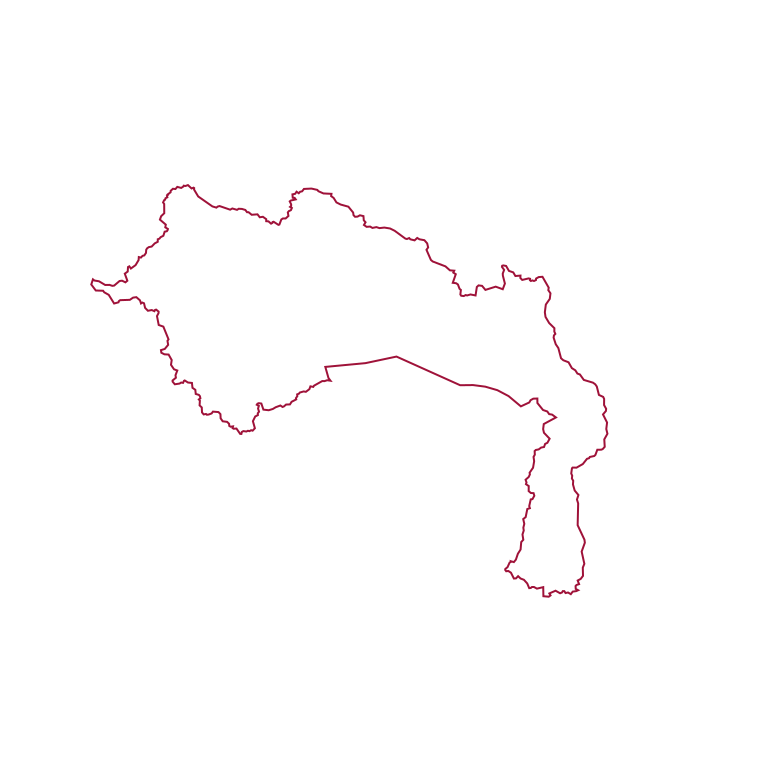 SVG path tracing the border of Buryat, rotated 237°
{"feature_id": "RUS-2606", "entity_name": "Buryat", "entity_type": "Republic", "adm_level": 1, "iso_a3": "RUS", "parent_name": "Russia", "parent_adm1": "", "projection": "albers", "projection_center": [108.984, 53.605], "detail": "fine", "context": "isolated", "style": "outline", "palette": "rose", "viewbox_px": 768, "rotation_deg": 237, "n_neighbors": 0, "source": "natural_earth", "source_scale": "10m", "svg_char_len": 6166}
<svg xmlns="http://www.w3.org/2000/svg" viewBox="0 0 768 768"><g transform="rotate(237 384 384)"><path d="M144.2,467.3L141.5,466.0L135.8,458.5L124.1,454.1L121.7,450.7L114.7,446.4L113.4,442.8L113.7,439.4L109.9,438.6L110.6,436.0L110.2,434.6L107.7,433.2L105.3,434.5L105.6,432.4L107.1,429.2L106.0,426.2L108.9,424.8L109.8,422.4L112.1,422.4L112.9,421.1L112.2,419.8L112.6,417.7L117.2,415.3L118.3,408.6L116.0,408.5L115.9,406.3L119.2,402.1L126.9,406.9L129.1,400.8L132.1,399.2L133.2,397.4L133.0,396.0L133.7,394.6L138.7,395.5L143.6,394.7L146.5,392.6L149.8,391.8L149.1,388.8L150.1,387.0L156.6,387.7L159.5,386.4L160.4,384.5L162.1,384.4L162.8,385.0L163.1,387.8L165.9,392.2L165.6,393.9L166.1,394.0L163.9,395.9L164.9,399.0L168.7,403.8L170.8,408.4L176.7,413.0L177.5,416.0L182.4,418.2L185.0,421.4L187.6,422.6L190.3,425.5L194.9,427.2L195.2,430.3L201.1,436.1L200.4,438.7L202.5,439.3L207.3,444.2L206.6,445.8L208.4,449.2L211.0,450.0L212.6,447.8L215.4,447.0L219.6,449.8L222.7,448.5L223.8,449.9L226.6,450.6L227.2,454.7L228.7,457.1L230.3,457.8L232.6,463.4L237.5,467.9L241.4,469.7L242.6,472.0L245.7,473.8L246.0,475.4L244.9,478.1L245.1,481.2L244.0,483.9L246.0,486.5L245.7,489.0L247.9,493.1L256.0,491.6L259.5,492.9L263.4,496.2L262.3,510.0L266.8,508.3L268.8,506.1L272.0,506.0L275.6,503.2L284.5,502.3L288.3,504.7L290.4,501.2L290.6,498.1L289.4,495.8L290.7,486.6L306.0,481.9L317.1,475.7L326.6,467.5L334.6,458.1L341.5,447.2L400.2,409.4L411.6,379.8L430.3,344.1L419.3,340.7L415.9,340.9L418.1,338.4L418.8,335.7L420.1,333.8L420.7,324.4L420.1,323.1L422.1,321.0L420.3,318.6L420.0,314.2L421.5,312.6L422.7,308.7L422.2,307.4L422.6,305.5L421.0,304.7L420.1,302.4L418.9,302.0L419.4,296.8L418.1,294.0L420.1,290.7L419.7,287.9L420.0,286.4L422.4,285.4L423.5,280.5L423.6,277.2L424.8,273.0L428.2,268.9L434.4,270.5L436.1,268.6L436.4,267.2L435.9,266.0L433.8,267.1L432.0,265.0L428.8,264.1L428.2,262.2L426.6,261.3L426.9,258.3L424.2,253.8L417.2,251.6L416.4,248.4L417.6,247.4L417.7,245.5L418.9,244.4L419.1,242.7L421.1,240.4L421.2,238.6L419.8,237.2L420.5,236.2L427.0,236.0L428.4,233.5L429.5,233.0L430.7,234.3L431.7,232.1L433.1,231.4L435.0,232.4L437.7,231.8L440.6,228.4L444.2,228.3L447.8,230.4L450.6,229.9L454.0,225.5L453.2,223.4L453.9,220.3L454.7,218.7L455.8,218.4L456.7,216.2L459.3,215.9L463.6,218.4L466.5,217.7L470.3,220.5L471.9,220.3L472.0,222.2L474.0,223.0L475.7,222.8L478.2,220.7L481.9,222.6L485.1,221.3L489.5,223.5L492.0,220.4L495.5,218.8L495.6,218.0L494.4,216.1L495.7,214.7L495.7,212.8L497.7,208.4L501.1,208.0L502.1,208.6L502.6,212.9L504.9,213.9L507.9,218.0L510.7,215.9L516.1,215.8L519.7,219.0L526.0,219.4L528.5,216.0L531.5,214.3L533.9,215.4L532.8,219.2L534.4,224.3L538.1,225.9L538.8,227.6L552.3,230.2L556.2,227.2L564.6,230.6L566.3,233.6L567.5,234.4L570.5,233.4L570.8,232.3L570.1,231.1L572.5,229.5L574.0,225.9L578.0,225.1L582.4,226.7L584.0,225.6L583.9,224.1L587.1,224.9L591.7,223.6L593.1,220.6L593.0,216.7L598.0,208.4L597.9,206.8L597.1,205.8L598.5,201.5L608.7,201.7L613.3,199.3L615.2,199.2L619.4,193.2L626.9,192.7L630.3,196.9L628.5,197.5L625.4,200.9L618.9,204.1L616.6,207.8L614.3,209.6L613.5,211.3L614.4,218.3L613.3,220.6L610.1,222.5L610.4,225.0L617.7,226.7L617.9,230.3L621.5,233.0L621.4,234.5L618.7,234.6L619.0,240.4L621.6,245.7L624.0,247.5L622.4,249.0L623.0,251.3L622.4,253.0L623.6,255.8L626.1,257.7L626.8,259.2L626.9,261.3L625.8,264.0L626.8,268.3L626.5,271.7L628.6,273.1L628.2,274.8L628.8,276.6L628.5,279.7L631.2,283.0L630.4,285.1L630.9,286.3L631.7,287.2L634.5,285.9L636.5,287.8L643.9,285.6L646.1,288.5L646.9,292.7L654.7,297.7L656.6,297.6L657.9,299.7L657.8,300.8L658.8,301.9L658.6,304.0L660.0,304.4L660.3,305.8L660.8,305.7L661.0,309.4L662.2,310.3L662.7,313.3L661.1,315.3L661.9,318.0L658.9,320.7L658.9,323.3L659.4,324.0L658.2,325.3L657.6,327.9L652.8,329.1L652.4,331.2L651.7,331.5L650.5,330.6L642.5,330.3L626.4,336.8L623.2,339.5L623.4,341.1L622.8,343.0L614.0,349.9L613.8,352.4L610.1,355.6L610.1,357.6L608.2,360.2L605.5,362.5L602.7,362.7L601.8,364.0L598.0,365.2L595.2,370.3L591.5,370.6L590.2,373.5L586.4,375.0L584.7,373.9L583.3,375.7L580.0,376.6L579.9,378.2L580.5,378.8L580.2,379.8L575.0,382.1L574.7,383.1L577.9,387.5L577.9,389.3L576.4,391.7L577.0,395.4L580.3,396.8L580.8,398.3L580.5,400.6L581.8,402.6L583.7,401.7L583.9,403.1L585.3,404.0L588.5,404.4L588.6,405.8L586.9,410.5L588.8,410.4L589.9,408.9L592.9,410.5L591.9,413.1L592.9,415.4L590.4,416.4L590.9,418.3L590.2,420.3L591.2,423.1L587.4,429.6L583.1,433.8L581.4,434.0L576.8,437.0L572.1,443.5L570.4,442.0L567.5,443.1L562.2,443.0L558.1,445.4L552.1,450.7L544.6,451.5L542.2,450.4L540.0,450.8L538.8,453.0L538.6,455.7L536.0,458.2L532.3,456.2L529.7,456.6L528.3,453.8L525.3,455.0L523.6,458.1L521.2,459.3L519.7,463.1L517.2,465.1L515.0,469.5L511.1,473.8L506.7,476.4L494.3,481.1L493.1,482.2L492.7,484.6L491.0,484.9L487.8,487.9L488.4,491.4L486.1,492.5L482.6,496.2L478.4,496.8L474.5,495.4L473.4,492.7L462.5,490.9L460.2,491.6L449.2,499.6L443.4,501.2L440.8,504.6L439.7,502.8L437.0,504.0L431.4,496.8L429.2,499.4L427.2,500.2L422.7,499.2L421.0,499.7L417.5,496.8L416.0,496.8L414.3,498.8L414.1,501.0L413.0,501.9L412.0,505.3L408.4,509.0L414.8,514.7L415.2,517.0L412.9,519.7L407.7,520.3L404.8,530.7L398.8,535.2L402.4,540.1L410.1,542.7L411.9,543.7L414.3,546.9L418.0,546.7L418.8,547.5L418.5,548.6L416.5,550.7L410.8,550.4L407.2,553.2L403.0,553.0L400.6,557.5L398.7,556.1L396.0,556.6L393.8,562.8L392.7,563.8L391.6,562.9L390.4,563.3L390.1,564.8L388.7,565.9L388.4,568.0L389.6,569.0L389.4,572.0L387.6,575.3L375.1,574.6L373.2,572.9L369.4,573.0L365.1,569.4L362.5,563.0L356.6,558.0L352.3,556.0L345.2,555.7L338.0,557.3L335.2,555.4L332.7,555.0L332.2,553.0L330.5,551.5L323.8,549.7L319.2,549.8L309.2,546.5L306.3,547.3L301.7,550.6L295.0,550.2L291.3,551.9L287.4,551.9L285.3,553.5L278.6,553.8L271.3,560.0L268.7,561.0L266.0,561.1L257.8,558.3L253.8,560.8L251.6,560.5L246.5,557.1L242.2,556.8L240.5,555.4L239.2,551.1L230.2,550.1L225.2,545.9L220.6,544.3L217.6,538.6L211.1,534.9L210.3,531.9L210.6,530.4L212.7,527.1L209.4,522.7L209.1,521.1L210.7,516.9L210.1,515.5L210.7,513.5L208.6,507.2L209.0,499.9L211.2,496.6L210.9,495.7L207.0,492.3L204.6,491.9L202.4,490.1L199.8,490.0L196.9,487.8L190.8,485.9L185.0,486.6L182.0,482.9L178.1,481.8L160.1,469.5L144.2,467.3Z" fill="none" stroke="#9f1239" stroke-width="2"/></g></svg>